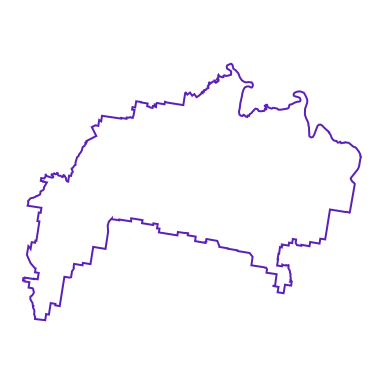 Ipswich, Queensland, Australia (Albers equal-area conic projection)
{"feature_id": "25037944B52648858671508", "entity_name": "Ipswich", "entity_type": "district", "adm_level": 2, "iso_a3": "AUS", "parent_name": "Australia", "parent_adm1": "Queensland", "projection": "albers", "projection_center": [152.701, -27.678], "detail": "fine", "context": "isolated", "style": "outline", "palette": "violet", "viewbox_px": 384, "rotation_deg": 0, "n_neighbors": 0, "source": "geoboundaries", "source_scale": "gbopen_adm2", "svg_char_len": 5878}
<svg xmlns="http://www.w3.org/2000/svg" viewBox="0 0 384 384"><path d="M233.4,68.7L232.5,65.1L231.5,63.9L230.8,63.8L227.4,65.2L226.7,66.5L227.0,68.3L227.5,69.0L228.6,69.4L231.1,71.3L231.1,74.7L227.5,75.8L225.5,75.9L224.7,75.3L223.7,75.6L223.4,75.9L223.4,77.1L222.1,77.3L219.4,76.1L218.5,74.9L218.2,75.7L218.4,77.6L217.3,78.4L217.3,79.2L217.0,79.5L218.5,79.7L218.6,80.7L218.4,81.1L215.9,82.8L215.2,82.3L215.4,81.4L214.6,80.8L214.5,81.6L213.2,81.4L209.9,83.9L209.7,82.5L209.3,82.4L208.9,82.9L208.6,85.7L207.9,86.0L208.4,87.5L208.3,88.1L206.9,88.4L206.4,89.4L205.6,90.0L205.1,89.8L203.8,90.4L204.1,91.5L203.9,91.9L203.4,91.6L203.0,91.9L202.2,91.8L201.8,92.4L202.2,93.2L201.4,93.1L200.5,94.5L200.0,94.6L198.8,95.8L196.6,97.2L194.3,94.1L192.2,95.7L190.0,92.6L187.3,94.6L185.8,92.6L185.2,93.0L183.3,105.1L166.8,102.5L165.0,101.8L164.5,104.3L156.9,103.0L156.3,104.3L155.0,104.3L155.5,105.6L156.2,106.0L156.0,107.1L154.9,106.6L155.1,106.2L154.8,105.7L154.3,105.5L152.9,105.9L152.6,107.9L150.3,107.5L149.4,106.9L147.2,106.2L147.6,103.5L141.0,102.4L141.0,102.0L136.2,101.3L135.2,107.5L132.5,107.1L132.1,109.6L134.5,110.0L133.5,115.6L133.0,116.6L132.8,117.8L131.4,117.8L130.4,117.1L128.1,117.8L126.7,117.5L126.5,118.8L121.1,117.9L121.1,118.6L102.0,115.8L101.2,121.3L99.2,120.0L98.3,125.9L95.5,125.3L91.8,127.1L96.3,136.0L86.3,141.1L86.3,141.4L86.7,141.9L85.3,142.7L85.3,143.0L86.1,143.2L85.9,143.8L84.7,145.2L84.5,146.0L83.3,146.5L82.6,147.3L81.8,150.4L80.9,152.1L79.1,154.4L78.6,156.0L77.1,157.2L75.5,162.6L75.5,164.9L74.9,165.0L72.8,167.8L71.7,168.5L71.7,169.5L72.4,170.4L72.7,171.9L72.5,172.5L71.7,173.0L71.1,175.9L69.1,175.6L68.2,181.7L67.3,181.5L66.3,180.4L65.9,178.0L64.2,175.3L63.6,175.1L63.2,175.4L63.1,176.7L62.3,177.1L60.6,175.9L58.4,175.5L57.7,174.4L57.8,173.3L57.1,172.9L55.9,174.2L55.1,174.2L54.2,173.4L52.9,174.2L51.7,174.3L51.6,175.1L52.6,175.7L53.2,176.5L53.2,177.1L52.9,177.5L51.5,177.6L47.2,176.2L46.2,175.4L45.8,174.6L45.6,174.7L45.5,176.6L44.3,178.4L41.2,178.1L40.8,180.9L43.3,181.2L43.2,181.8L46.9,182.4L44.0,187.3L43.8,189.2L43.0,190.2L41.4,190.9L40.5,191.6L40.4,193.1L40.0,194.5L36.9,196.1L36.4,196.0L35.1,197.0L32.9,197.8L30.5,198.3L28.1,201.0L28.3,203.1L27.6,205.7L41.4,207.8L40.7,212.8L38.8,212.5L37.4,221.1L39.4,221.4L36.4,240.8L35.4,240.6L35.1,242.7L31.7,242.2L30.6,248.9L29.5,247.2L28.4,246.1L26.9,254.9L30.6,263.2L35.0,268.3L35.6,268.4L35.0,272.3L38.7,272.9L37.7,279.3L34.0,278.7L34.0,279.1L24.8,277.6L24.7,278.3L23.4,278.1L23.0,280.5L24.5,280.7L24.4,281.4L29.4,282.2L28.6,287.6L32.7,288.3L33.2,289.3L33.9,292.4L33.1,294.2L31.9,295.6L30.4,296.6L30.3,298.9L31.2,300.9L32.5,302.9L32.9,306.0L33.4,306.0L33.1,307.9L34.0,309.5L34.3,310.5L34.4,311.9L34.1,314.2L35.1,317.0L35.0,319.0L45.2,320.2L46.1,314.1L48.9,314.6L50.7,303.1L55.4,303.9L55.2,305.3L59.7,306.1L64.4,276.8L69.6,277.6L71.1,277.2L72.0,271.2L72.6,270.6L74.0,268.1L73.6,267.1L74.1,263.9L82.5,265.3L82.9,262.9L90.5,264.1L93.2,246.9L105.5,248.9L108.1,231.9L107.7,225.5L108.9,221.5L111.7,218.6L111.6,219.1L119.2,220.3L119.2,219.5L131.1,221.4L131.2,218.3L142.5,220.1L142.0,223.2L153.2,225.0L153.4,223.4L157.7,224.1L157.0,228.4L159.5,228.6L158.9,232.4L177.4,235.4L177.9,232.0L183.1,232.8L188.1,233.2L187.7,235.3L195.7,236.6L195.1,241.1L205.3,242.9L205.0,242.1L206.4,241.6L206.1,240.8L206.1,239.8L206.5,239.0L217.3,240.9L219.2,245.8L219.3,246.9L227.7,248.3L227.6,248.7L237.4,250.3L237.5,251.0L249.6,253.0L252.6,256.8L251.4,265.3L264.3,267.3L264.8,267.7L266.0,267.7L267.0,269.1L266.5,272.7L276.6,274.2L275.1,285.5L272.6,285.9L278.5,286.9L277.6,292.3L283.6,293.2L285.0,284.7L291.1,285.6L291.7,281.9L290.2,281.7L291.1,280.5L290.3,279.9L290.8,278.8L290.4,275.5L290.6,274.1L290.0,272.9L289.9,271.1L288.3,267.9L288.7,265.9L288.4,265.1L287.0,265.5L286.2,265.1L285.9,265.5L283.0,265.1L282.3,264.6L282.0,266.3L277.1,265.5L278.1,259.2L277.6,259.2L278.5,253.6L279.1,253.7L280.0,247.1L281.8,247.4L281.7,246.3L282.1,246.0L281.8,245.5L282.2,245.2L282.0,244.5L288.6,245.6L289.1,242.6L292.2,243.1L292.8,239.0L296.1,239.5L295.7,243.0L296.9,245.1L301.3,245.8L301.4,244.8L309.5,246.2L310.2,242.0L319.5,243.6L320.3,238.7L325.2,239.4L330.0,209.5L346.1,212.1L347.0,211.8L349.5,212.7L349.8,212.4L354.8,184.0L353.8,182.7L352.4,181.7L350.9,179.3L350.7,178.2L357.4,169.8L358.3,168.3L359.1,166.3L360.4,158.4L361.0,156.9L360.2,156.1L360.4,154.8L359.0,151.8L356.4,148.3L355.6,147.5L353.1,146.5L349.6,143.5L348.2,142.7L345.5,142.5L345.2,142.2L343.9,142.9L343.3,142.7L341.2,143.2L341.0,142.7L340.1,141.8L339.5,142.4L337.8,142.6L336.4,140.9L334.7,140.8L333.4,140.1L331.9,138.3L330.4,134.5L328.8,132.5L329.1,132.1L324.8,128.3L321.9,125.3L320.4,124.6L319.0,124.7L317.6,125.8L314.1,134.9L312.9,136.9L311.7,137.4L310.5,137.1L309.7,136.6L309.3,135.9L309.0,127.3L308.4,125.3L308.5,124.2L307.6,121.3L306.0,118.0L304.9,114.6L305.0,109.1L307.0,103.2L307.3,101.5L307.1,99.1L305.3,95.2L303.9,92.8L300.6,91.5L298.8,91.4L296.1,92.0L294.3,93.1L293.8,93.9L293.6,94.6L293.8,95.6L294.4,96.1L298.3,97.2L299.8,97.9L300.5,99.7L300.4,100.6L300.1,101.2L299.4,101.6L297.5,101.7L295.0,102.5L291.2,104.5L289.9,104.5L289.3,105.2L288.9,107.2L288.3,108.1L287.4,108.6L280.7,109.7L278.4,109.7L277.2,108.6L273.8,107.9L272.8,107.9L272.1,108.5L271.4,108.6L268.3,107.4L267.5,106.4L267.1,104.8L266.3,104.8L264.8,105.7L264.8,106.0L265.6,107.0L266.4,108.8L266.3,109.2L265.9,109.4L264.8,109.1L264.6,110.4L264.1,110.9L260.5,111.3L258.7,111.0L257.4,109.0L255.4,108.7L254.2,109.7L253.7,110.6L252.6,111.4L251.6,113.0L250.0,113.9L249.8,114.5L249.1,115.0L249.0,115.8L247.7,115.6L247.3,117.0L245.6,116.5L244.4,115.1L243.4,114.8L243.0,115.6L242.4,116.0L240.5,115.6L239.3,114.2L239.0,111.4L239.8,107.9L240.3,103.3L242.2,95.0L242.3,93.3L243.8,89.0L244.9,87.4L246.7,86.5L248.8,86.4L251.1,87.5L251.8,87.5L252.7,86.3L252.9,84.9L252.4,83.3L251.6,82.4L248.7,82.1L245.7,82.4L244.2,81.8L241.9,80.4L239.8,77.2L238.4,73.4L235.7,70.3L233.4,68.7Z" fill="none" stroke="#5b21b6" stroke-width="2"/></svg>